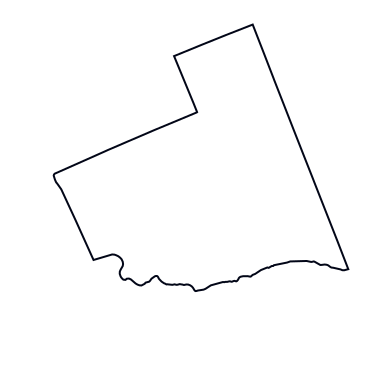 SVG path tracing the border of La Pampa, rotated 337°
{"feature_id": "ARG-1296", "entity_name": "La Pampa", "entity_type": "Province", "adm_level": 1, "iso_a3": "ARG", "parent_name": "Argentina", "parent_adm1": "", "projection": "albers", "projection_center": [-66.048, -37.163], "detail": "fine", "context": "isolated", "style": "outline", "palette": "ink", "viewbox_px": 384, "rotation_deg": 337, "n_neighbors": 0, "source": "natural_earth", "source_scale": "10m", "svg_char_len": 2040}
<svg xmlns="http://www.w3.org/2000/svg" viewBox="0 0 384 384"><g transform="rotate(337 192 192)"><path d="M227.5,120.6L227.9,120.5L228.1,111.2L228.6,59.9L258.5,60.3L284.8,60.8L313.3,61.6L312.8,78.1L312.4,91.7L311.5,119.1L311.4,121.2L310.7,146.5L310.3,160.2L309.9,173.9L309.2,200.2L308.5,227.5L308.4,230.2L307.6,260.1L306.7,293.7L305.7,324.1L301.5,323.5L299.8,322.7L298.5,321.3L292.4,316.9L290.8,316.0L290.0,315.0L288.8,312.9L288.2,312.2L287.5,311.6L285.8,310.6L282.6,309.7L281.6,309.3L277.7,304.2L277.0,303.5L274.7,303.1L274.0,302.7L270.6,300.3L255.3,294.3L252.0,294.1L238.8,291.4L237.9,291.8L236.4,291.3L233.0,291.8L231.8,290.9L231.4,290.9L225.0,290.8L218.0,292.1L215.5,292.0L213.4,292.7L213.0,292.8L212.1,292.4L210.3,291.2L206.2,289.5L203.7,289.0L202.5,289.1L201.4,289.6L200.7,290.3L199.7,291.0L198.6,291.5L197.7,291.5L197.4,291.2L196.9,290.8L196.4,290.4L195.6,290.2L193.7,290.2L193.2,290.0L192.4,289.3L191.9,289.0L191.3,288.8L189.3,288.5L187.7,287.8L186.4,287.6L185.4,287.0L184.9,286.9L172.9,285.3L166.6,286.4L164.5,286.4L158.9,285.0L157.6,284.9L156.4,284.5L155.9,283.5L155.5,280.6L154.9,278.8L153.8,277.1L152.3,275.7L150.6,274.9L148.4,274.5L148.0,274.3L147.1,273.5L146.8,273.3L146.4,273.1L144.7,272.0L142.4,271.7L141.3,271.3L139.9,270.2L137.7,269.8L133.0,267.2L132.4,267.1L132.2,266.9L131.4,265.8L130.7,265.2L129.0,262.6L127.8,259.4L127.6,258.7L127.6,257.4L127.4,256.4L126.9,255.6L125.9,255.2L124.8,255.1L120.8,256.0L118.6,257.4L117.5,257.8L113.8,257.3L112.6,258.0L109.0,258.3L107.2,257.4L105.6,255.9L104.3,254.1L101.6,248.6L100.2,247.1L98.3,246.4L97.8,246.4L96.5,246.9L96.0,246.7L95.2,246.2L94.9,246.1L94.4,245.6L93.9,244.4L93.5,243.1L93.3,241.9L93.5,239.1L94.5,237.0L96.1,235.5L99.3,233.1L100.4,231.4L101.0,229.1L100.9,226.4L100.2,224.4L99.1,222.4L97.6,220.7L96.2,219.4L94.1,218.3L74.8,216.1L73.8,172.2L72.7,138.4L71.1,131.1L70.8,130.4L70.7,129.4L70.7,126.9L71.1,122.9L71.8,122.0L72.8,121.5L127.4,120.6L131.1,120.5L152.8,120.4L180.0,120.3L181.8,120.3L225.6,120.6L227.5,120.6Z" fill="none" stroke="#020617" stroke-width="2"/></g></svg>